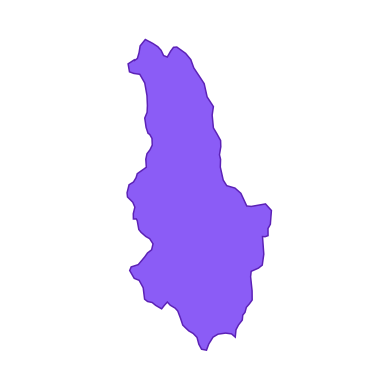 the district of Uppsala, Uppsala, Sweden, rotated 260°
{"feature_id": "70781695B50893548218993", "entity_name": "Uppsala", "entity_type": "district", "adm_level": 2, "iso_a3": "SWE", "parent_name": "Sweden", "parent_adm1": "Uppsala", "projection": "natural_earth1", "projection_center": [17.723, 59.956], "detail": "fine", "context": "isolated", "style": "filled", "palette": "violet", "viewbox_px": 384, "rotation_deg": 260, "n_neighbors": 0, "source": "geoboundaries", "source_scale": "gbopen_adm2", "svg_char_len": 1731}
<svg xmlns="http://www.w3.org/2000/svg" viewBox="0 0 384 384"><g transform="rotate(260 192 192)"><path d="M41.6,209.4L48.7,211.4L53.0,214.7L57.2,219.3L61.9,220.6L64.3,223.3L69.0,225.5L71.9,229.1L75.2,232.5L84.2,234.0L98.4,235.0L103.6,236.5L105.5,244.2L107.8,248.5L118.3,251.9L135.9,253.7L135.3,256.2L135.8,259.3L136.9,259.5L142.9,260.5L144.3,261.7L146.7,263.6L147.6,263.8L160.0,267.0L160.8,266.5L167.5,262.3L167.5,252.8L167.5,247.9L168.7,243.5L182.2,239.9L188.4,235.0L192.2,227.3L198.3,224.8L211.6,224.2L219.2,225.8L223.9,225.5L231.5,228.2L237.7,229.1L244.8,226.7L251.4,224.2L264.2,225.2L272.4,227.9L283.0,223.4L296.6,222.8L304.5,219.4L313.9,215.3L322.6,213.8L329.6,209.8L337.4,202.2L337.7,198.9L334.4,195.4L329.2,191.1L331.3,187.7L336.8,186.2L341.0,183.6L345.2,179.1L350.3,172.5L344.9,166.3L338.5,164.1L333.0,161.4L331.5,158.3L332.2,158.1L329.3,151.3L321.2,151.3L318.9,155.2L317.0,161.0L307.6,164.4L294.8,164.4L284.9,163.1L278.2,161.6L273.0,158.3L263.6,158.0L257.4,158.9L256.0,160.4L251.7,161.9L245.1,161.0L240.9,158.0L237.5,154.3L232.3,152.2L224.3,151.3L222.4,147.3L219.6,141.3L215.8,139.4L212.0,136.1L210.1,131.3L202.5,127.9L198.3,127.6L192.2,131.9L187.0,133.1L180.8,130.4L175.6,129.6L175.1,132.5L173.2,133.1L164.3,133.1L161.0,134.9L156.2,138.8L153.4,142.2L147.7,144.6L142.1,142.2L139.7,137.6L136.4,134.3L133.1,130.4L129.8,126.4L128.8,119.1L125.5,117.0L117.0,120.1L114.2,124.6L106.2,127.3L94.7,126.7L91.9,129.2L90.1,133.6L86.7,136.5L82.2,141.8L85.2,145.1L87.9,148.6L84.3,150.9L80.6,155.2L77.3,157.3L70.0,158.7L62.5,159.8L59.7,161.8L55.8,164.7L52.5,168.6L47.9,171.7L40.9,172.3L35.5,174.1L33.7,178.8L39.4,182.1L45.4,187.5L47.5,193.0L47.2,200.6L45.4,206.3L41.6,209.4Z" fill="#8b5cf6" stroke="#5b21b6" stroke-width="1.5"/></g></svg>